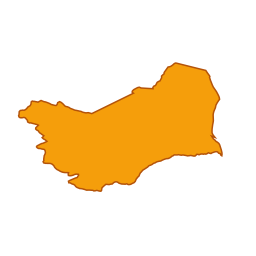 outline of Sobradinho, Bahia, Brazil, rotated 67°
{"feature_id": "56859067B88292675252612", "entity_name": "Sobradinho", "entity_type": "district", "adm_level": 2, "iso_a3": "BRA", "parent_name": "Brazil", "parent_adm1": "Bahia", "projection": "albers", "projection_center": [-40.874, -9.66], "detail": "fine", "context": "isolated", "style": "filled", "palette": "amber", "viewbox_px": 256, "rotation_deg": 67, "n_neighbors": 0, "source": "geoboundaries", "source_scale": "gbopen_adm2", "svg_char_len": 4047}
<svg xmlns="http://www.w3.org/2000/svg" viewBox="0 0 256 256"><g transform="rotate(67 128 128)"><path d="M170.6,51.6L168.9,52.1L167.2,52.5L165.2,52.5L163.1,51.6L161.8,51.0L157.9,48.7L156.9,48.0L154.7,46.6L151.8,45.5L149.2,44.5L147.7,43.6L146.3,42.5L144.6,40.8L143.6,39.7L142.4,38.9L141.3,38.1L139.6,36.0L138.3,34.1L137.4,32.5L135.7,32.1L134.4,32.0L132.2,32.1L129.0,32.4L126.1,33.0L123.6,33.5L121.3,33.6L118.1,33.5L116.9,33.5L113.4,33.2L112.5,32.5L111.2,32.7L108.2,33.4L105.4,33.9L101.3,39.4L87.2,58.1L86.7,59.1L86.9,60.6L87.5,62.3L87.9,64.1L87.9,65.7L87.5,67.3L91.0,73.0L92.2,73.6L92.7,75.2L93.3,76.8L95.0,77.5L96.0,78.8L97.1,80.0L97.1,81.4L97.3,83.1L98.0,84.2L99.0,85.1L99.6,86.3L99.6,88.1L100.5,89.3L101.6,89.6L99.9,93.1L96.3,100.3L94.9,101.6L94.6,103.0L94.6,104.0L94.9,107.4L95.2,108.4L95.8,109.7L96.8,110.2L98.1,109.4L100.1,146.3L100.6,155.7L99.6,157.0L98.5,158.3L98.0,159.6L97.7,160.8L96.5,162.5L95.6,163.7L94.4,164.7L93.4,166.2L92.0,168.1L90.7,170.1L89.3,171.4L87.4,173.4L86.1,174.2L84.8,175.5L83.6,177.2L81.9,177.9L80.0,178.6L78.2,179.6L77.0,180.7L77.2,182.8L78.7,184.1L79.2,185.4L78.6,186.5L76.3,189.5L74.9,190.5L73.3,192.1L71.9,193.6L70.9,195.1L69.8,196.2L68.7,197.3L68.9,199.3L69.1,200.8L68.4,201.5L67.8,202.6L67.1,203.4L66.5,204.7L65.8,205.6L66.1,206.8L68.1,208.0L69.2,209.3L69.4,210.9L69.6,212.1L70.4,213.4L71.0,215.1L71.1,216.7L70.4,217.9L70.2,218.9L69.8,220.3L70.4,221.7L71.7,222.4L73.0,223.0L73.9,223.9L75.3,224.0L76.4,223.3L77.2,221.5L77.6,219.6L78.7,218.5L80.3,218.1L81.6,217.6L83.2,218.0L84.8,216.8L85.4,215.3L86.2,214.4L87.7,212.4L88.7,211.2L89.4,210.2L90.4,209.4L91.1,211.1L91.7,212.7L92.8,213.4L94.1,212.9L95.3,211.8L96.9,211.5L98.1,211.1L99.6,210.1L100.9,209.4L102.2,208.5L102.8,209.4L103.3,210.8L105.0,210.1L106.4,208.9L107.4,208.4L108.6,207.8L108.8,209.1L108.8,210.8L108.9,212.1L108.6,213.2L108.6,215.0L108.8,217.0L108.9,218.7L109.6,219.6L110.7,219.3L111.8,218.5L112.7,216.7L113.8,215.4L114.3,214.5L115.0,213.5L116.3,213.1L118.6,213.7L119.9,214.9L120.7,215.9L122.2,216.8L123.7,217.7L125.2,218.2L125.8,219.3L127.1,219.3L128.2,217.9L129.1,215.9L130.1,213.7L130.8,212.7L131.9,211.8L133.8,211.0L135.3,210.9L136.9,210.4L138.6,209.5L139.8,208.4L141.2,207.4L142.4,206.3L143.4,205.1L144.5,203.3L145.3,201.4L145.9,200.2L146.9,201.0L148.4,201.4L149.3,200.1L149.8,198.4L150.0,196.7L149.9,195.4L150.2,193.7L151.3,191.7L152.3,192.0L152.9,193.1L153.7,194.0L153.5,196.2L153.5,197.5L153.5,198.7L153.5,200.4L153.5,201.9L153.7,203.6L155.3,203.9L155.9,202.7L157.5,201.5L158.7,200.1L159.9,199.3L161.4,199.0L162.9,198.1L164.0,196.9L164.8,196.2L165.3,195.2L166.0,194.0L166.7,193.1L168.0,191.5L168.9,190.6L169.5,189.2L169.9,188.1L171.0,186.0L171.7,184.6L172.5,184.1L173.0,182.7L173.2,181.2L173.8,180.3L174.5,179.5L175.1,178.6L175.6,177.6L175.1,176.7L174.0,176.1L172.8,175.2L172.3,173.8L171.9,172.7L171.6,171.7L171.2,170.4L171.9,169.0L172.7,167.6L172.9,166.0L173.4,164.3L172.7,162.6L172.6,161.4L172.8,160.0L173.8,158.7L175.2,157.9L176.1,156.9L177.1,155.7L177.8,154.2L178.7,152.4L178.9,150.9L180.2,149.9L180.6,148.9L180.9,147.5L180.7,145.6L180.7,143.9L180.0,142.2L179.2,141.4L178.2,140.4L177.8,139.5L177.1,138.5L176.7,137.0L175.9,136.1L174.9,135.1L174.1,134.1L173.7,133.0L173.1,131.9L172.5,130.5L172.3,128.9L172.0,127.2L171.6,125.1L170.9,123.6L171.0,121.7L171.0,120.3L170.5,118.2L170.7,116.5L170.4,115.1L170.5,114.0L170.8,112.2L171.2,110.6L171.0,109.4L171.0,108.3L171.0,106.7L171.2,104.7L171.8,103.0L171.8,101.2L171.5,99.6L171.1,98.6L171.2,97.5L170.8,95.9L171.3,94.9L172.0,93.3L172.3,91.9L173.1,90.8L173.9,89.5L174.3,87.9L175.3,86.4L176.0,85.3L176.9,84.1L177.4,82.5L177.7,81.1L178.2,80.3L178.9,79.3L179.5,78.5L180.0,77.2L179.6,76.0L179.1,74.9L179.7,73.8L180.4,73.1L180.4,71.4L180.8,70.0L181.6,68.8L181.8,67.6L182.5,66.5L182.5,65.0L182.2,63.7L183.2,62.6L183.9,61.6L183.7,60.3L183.8,58.8L183.9,57.4L184.2,56.1L185.0,54.9L186.6,54.4L187.6,53.1L189.0,53.2L190.2,52.5L189.1,51.8L187.5,51.2L184.7,50.7L179.3,50.2L177.7,50.4L175.9,51.3L174.8,52.2L173.1,52.7L171.5,53.6L168.2,54.2L170.6,51.6Z" fill="#f59e0b" stroke="#b45309" stroke-width="1.5"/></g></svg>